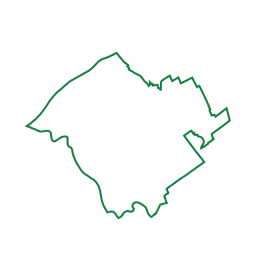 Vadeni, Braila, Romania (orthographic projection), rotated 218°
{"feature_id": "2599482B78618154614063", "entity_name": "Vadeni", "entity_type": "district", "adm_level": 2, "iso_a3": "ROU", "parent_name": "Romania", "parent_adm1": "Braila", "projection": "orthographic", "projection_center": [27.924, 45.353], "detail": "fine", "context": "isolated", "style": "outline", "palette": "green", "viewbox_px": 256, "rotation_deg": 218, "n_neighbors": 0, "source": "geoboundaries", "source_scale": "gbopen_adm2", "svg_char_len": 4815}
<svg xmlns="http://www.w3.org/2000/svg" viewBox="0 0 256 256"><g transform="rotate(218 128 128)"><path d="M108.4,207.2L111.1,201.5L113.8,195.8L119.5,198.8L122.0,192.2L127.4,194.9L128.2,192.7L130.5,185.9L130.4,185.0L130.2,184.5L129.3,183.2L125.7,178.3L126.0,178.1L128.1,178.5L128.7,178.5L129.0,178.2L129.4,178.6L131.3,180.2L133.6,177.7L134.5,177.7L134.5,176.9L136.4,177.2L136.3,177.5L137.0,177.3L138.4,177.4L138.9,177.5L137.9,176.3L137.5,175.5L137.4,175.0L137.4,173.9L141.1,175.0L143.4,174.9L147.2,176.0L149.1,176.5L150.4,176.6L153.4,176.1L156.2,175.4L157.6,175.4L163.4,174.6L163.9,175.9L166.4,176.1L166.3,177.5L169.6,177.7L170.1,177.7L171.6,177.4L174.9,178.2L179.4,179.2L183.3,180.1L184.5,177.6L184.6,177.2L184.8,176.8L185.2,175.8L185.8,174.7L186.6,173.1L187.3,171.9L187.8,170.9L188.7,169.5L190.3,166.9L191.0,165.7L191.6,164.2L192.3,161.9L192.4,159.8L192.6,158.2L193.0,153.8L193.6,151.4L193.8,150.4L194.0,149.6L194.1,149.2L195.2,146.6L195.4,146.1L197.0,142.1L198.6,138.5L199.4,136.5L202.8,128.1L203.0,126.9L203.2,125.8L203.7,123.2L203.9,122.0L204.1,120.9L204.2,119.9L204.3,119.5L204.8,116.9L205.1,115.9L205.4,114.9L205.9,112.3L206.0,110.9L206.2,109.5L206.2,109.4L206.2,108.9L206.3,107.1L206.3,106.6L206.3,105.9L206.4,102.5L206.4,101.2L205.9,95.8L205.7,94.1L205.6,90.1L205.6,89.1L205.6,88.1L205.5,85.4L205.6,84.3L205.8,82.2L205.8,80.8L205.9,79.9L206.3,77.7L206.6,76.2L206.8,75.4L207.0,74.5L207.2,73.6L207.6,71.7L207.9,70.9L208.3,69.5L208.5,68.8L208.7,68.3L208.8,67.9L209.0,67.2L208.7,67.3L208.2,67.5L207.1,67.8L206.8,67.9L206.5,67.9L203.7,68.7L203.1,68.9L200.5,69.7L199.7,69.9L197.6,70.4L196.0,70.7L194.7,71.4L193.9,72.0L191.8,74.3L189.6,76.3L188.7,76.8L187.3,77.0L186.0,76.8L185.1,75.9L182.6,73.4L181.3,72.3L181.1,72.1L180.5,71.9L180.0,71.7L179.6,71.6L179.3,71.6L178.8,71.6L178.4,71.7L177.9,72.0L177.2,73.0L175.6,77.5L175.1,78.8L174.6,80.4L173.4,81.6L172.0,82.9L170.8,83.5L169.9,83.3L168.6,81.8L167.2,79.9L165.0,77.7L163.7,77.1L162.6,77.0L160.4,77.3L159.3,76.9L158.2,76.1L156.8,74.7L154.8,73.1L154.5,72.9L153.6,72.4L153.0,72.1L152.8,71.9L152.2,71.5L152.0,71.4L151.7,71.3L151.2,71.0L150.7,70.7L150.3,70.5L149.8,70.2L149.4,70.0L149.0,69.8L148.6,69.6L148.3,69.4L148.1,69.3L147.9,69.2L147.7,69.1L147.1,68.8L146.8,68.7L146.4,68.6L145.9,68.4L145.5,68.2L145.1,68.1L144.8,68.0L144.5,67.9L144.2,67.8L143.8,67.6L143.5,67.5L143.2,67.4L142.8,67.3L142.7,67.3L142.3,67.1L141.9,66.9L141.5,66.8L141.2,66.7L140.7,66.5L140.3,66.3L139.9,66.2L139.6,66.1L139.2,66.0L138.8,65.9L138.5,65.8L138.2,65.7L137.7,65.6L137.3,65.5L137.0,65.5L136.7,65.4L136.0,65.3L135.7,65.2L135.4,65.2L135.2,65.2L134.7,65.2L134.4,65.2L134.1,65.2L133.8,65.2L133.6,65.2L132.9,65.3L132.4,65.3L132.2,65.3L131.6,65.4L131.1,65.5L129.1,65.6L128.1,65.6L127.8,65.6L123.1,66.1L122.8,66.1L119.7,65.7L115.3,64.1L111.6,61.6L104.9,55.5L101.9,53.3L99.2,51.7L97.1,50.8L92.4,48.8L89.6,52.1L88.0,53.0L85.4,52.7L81.5,51.4L80.0,51.3L79.5,52.3L79.2,52.8L79.2,53.0L78.8,54.9L79.0,57.3L79.1,58.2L78.8,59.8L77.9,61.6L77.2,62.5L75.8,62.9L74.3,63.7L73.3,65.0L73.0,65.5L73.2,66.8L73.8,68.1L75.1,68.2L76.2,68.9L76.9,70.1L77.2,71.8L76.8,73.4L75.6,74.7L73.1,75.9L72.0,76.0L69.4,76.4L65.5,76.4L63.0,75.3L60.0,73.2L57.9,72.5L57.2,72.4L56.4,72.2L55.2,72.2L54.7,72.3L54.4,73.9L54.1,75.6L54.0,76.9L53.3,77.0L53.6,78.6L53.7,79.0L53.9,80.1L54.2,81.8L54.5,83.4L55.4,87.4L55.4,87.5L54.2,89.0L53.6,89.9L52.1,91.8L51.7,92.3L51.3,92.8L57.2,96.4L57.1,96.5L57.1,96.8L57.1,97.0L57.2,97.4L57.3,97.7L57.2,98.4L57.2,99.1L57.2,99.3L57.0,99.6L56.9,99.7L56.8,99.8L56.7,100.0L56.7,100.4L56.6,100.5L56.4,100.8L56.2,101.0L56.3,101.7L58.1,102.7L59.3,103.3L60.2,103.9L59.5,106.0L57.9,111.6L57.4,113.6L55.6,119.7L54.3,123.5L53.5,125.9L53.2,126.7L53.0,127.4L51.9,131.5L50.9,134.7L49.2,140.7L48.9,141.5L47.6,145.9L47.0,148.1L50.0,148.9L59.3,151.1L59.8,151.2L79.1,156.5L77.3,162.6L76.9,163.9L76.2,164.9L75.6,164.7L75.3,164.6L75.1,164.5L74.8,164.4L74.6,164.3L74.2,164.1L73.6,163.9L73.0,164.0L72.8,164.9L72.5,164.8L72.5,163.9L72.1,163.8L72.1,163.7L71.0,163.8L70.2,164.7L69.6,164.8L69.1,165.3L68.7,165.3L68.0,164.6L67.5,164.7L66.4,165.1L65.5,165.5L64.8,165.7L63.8,165.7L62.9,165.6L62.2,165.4L61.2,164.9L60.8,164.8L60.1,164.1L59.7,163.8L59.2,162.8L58.9,161.7L58.9,160.9L58.6,160.1L58.7,159.6L58.8,159.4L58.7,159.0L58.6,158.8L58.5,158.4L58.4,158.1L58.4,157.9L58.3,157.6L58.1,157.2L57.9,157.0L57.0,159.2L56.8,159.6L55.9,162.5L55.5,163.8L55.4,164.2L55.4,164.4L55.2,165.0L55.4,165.2L55.6,165.4L53.7,172.0L56.3,173.1L56.6,173.5L58.3,174.7L57.9,176.3L55.6,184.5L55.3,185.6L54.9,186.7L54.2,189.5L54.2,189.8L52.4,196.5L57.1,200.1L59.8,202.2L62.5,204.2L62.8,202.9L63.5,200.3L64.1,197.7L64.4,196.5L66.0,190.8L68.0,191.6L69.7,189.4L74.8,192.2L74.5,193.2L77.9,194.8L77.8,195.1L88.8,200.8L90.1,201.4L90.9,201.8L97.8,205.1L98.2,204.3L98.7,202.7L105.7,205.9L107.8,206.9L108.4,207.2Z" fill="none" stroke="#15803d" stroke-width="2"/></g></svg>